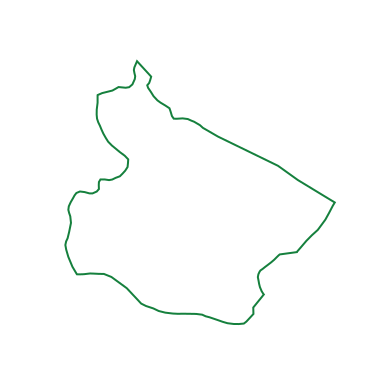 outline of Simunjan, Sarawak, Malaysia, rotated 166°
{"feature_id": "92858781B68418840965582", "entity_name": "Simunjan", "entity_type": "district", "adm_level": 2, "iso_a3": "MYS", "parent_name": "Malaysia", "parent_adm1": "Sarawak", "projection": "albers", "projection_center": [110.894, 1.279], "detail": "fine", "context": "isolated", "style": "outline", "palette": "green", "viewbox_px": 384, "rotation_deg": 166, "n_neighbors": 0, "source": "geoboundaries", "source_scale": "gbopen_adm2", "svg_char_len": 1899}
<svg xmlns="http://www.w3.org/2000/svg" viewBox="0 0 384 384"><g transform="rotate(166 192 192)"><path d="M56.0,147.3L86.4,178.0L102.2,196.6L153.4,239.5L165.9,251.6L168.1,254.9L173.0,259.7L175.4,261.4L178.4,263.8L183.3,265.7L189.3,266.8L192.0,267.6L193.1,270.6L193.3,275.2L193.6,278.7L196.9,282.3L200.9,286.3L203.4,289.3L206.1,294.2L207.7,299.1L209.4,303.7L209.6,306.4L207.2,308.1L205.6,310.5L203.7,313.8L213.7,332.2L217.8,326.8L218.9,324.4L219.1,321.1L219.1,318.1L220.2,315.4L223.8,310.8L227.6,308.9L231.1,309.2L237.9,311.6L241.7,310.5L244.7,309.7L255.2,309.7L260.1,308.9L260.2,308.7L262.0,301.5L264.5,295.0L265.8,290.1L266.4,286.1L266.1,282.3L265.3,278.5L264.7,274.4L263.9,270.1L262.6,265.4L261.2,261.1L258.5,256.5L252.3,248.1L248.5,243.5L246.0,239.1L247.1,235.6L248.5,231.8L251.7,228.8L255.0,226.6L258.2,224.7L262.6,224.2L266.4,223.4L269.6,223.6L273.7,225.3L277.8,226.3L279.9,224.2L280.8,221.2L281.6,217.4L284.3,215.5L288.9,214.7L291.9,215.5L296.2,217.9L300.6,219.6L304.4,219.0L306.8,217.1L309.0,214.7L312.2,211.4L315.0,207.9L316.3,204.6L316.3,201.6L316.0,197.8L316.9,191.3L320.9,182.9L323.9,177.2L326.1,174.5L327.7,171.2L328.0,166.6L327.7,159.0L326.1,148.4L323.6,140.0L320.6,139.2L316.8,138.4L310.6,137.6L306.8,136.5L302.2,135.1L297.3,133.8L290.8,129.1L278.6,114.5L268.3,96.0L264.2,92.5L257.7,88.4L253.1,84.6L247.1,81.4L240.0,78.7L235.4,77.3L230.8,76.2L225.7,74.9L217.5,72.7L211.8,70.5L208.8,68.1L205.3,66.2L198.0,61.5L193.6,58.6L189.3,56.1L183.6,53.9L178.7,52.6L173.5,51.8L170.6,53.1L166.0,56.1L161.9,58.8L160.5,65.1L147.1,75.2L147.4,75.8L148.4,78.8L149.1,83.3L149.1,86.7L148.9,89.5L148.7,93.5L147.5,96.1L145.8,98.2L144.6,99.3L142.0,100.3L139.4,101.5L136.1,102.9L132.2,104.6L128.6,106.4L125.8,108.1L123.4,109.5L122.0,110.2L104.7,108.3L104.3,108.8L98.9,112.6L92.9,116.9L86.2,121.0L79.1,124.8L69.3,132.9L64.2,138.4L58.7,144.6L56.0,147.3Z" fill="none" stroke="#15803d" stroke-width="2"/></g></svg>